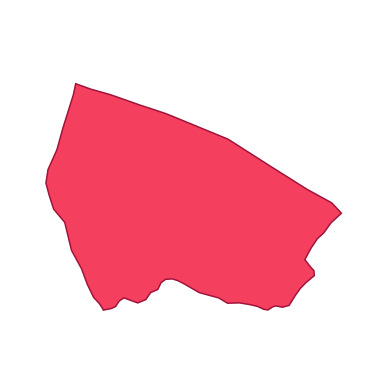 Älvsbyn, Norrbotten, Sweden (Mercator projection), rotated 345°
{"feature_id": "70781695B9243274568958", "entity_name": "Älvsbyn", "entity_type": "district", "adm_level": 2, "iso_a3": "SWE", "parent_name": "Sweden", "parent_adm1": "Norrbotten", "projection": "mercator", "projection_center": [20.635, 65.777], "detail": "fine", "context": "isolated", "style": "filled", "palette": "rose", "viewbox_px": 384, "rotation_deg": 345, "n_neighbors": 0, "source": "geoboundaries", "source_scale": "gbopen_adm2", "svg_char_len": 984}
<svg xmlns="http://www.w3.org/2000/svg" viewBox="0 0 384 384"><g transform="rotate(345 192 192)"><path d="M330.8,251.2L329.4,248.3L324.0,238.5L304.1,219.5L274.3,187.3L240.6,150.4L213.8,129.9L187.4,109.8L163.1,93.8L138.7,77.1L120.6,66.3L107.7,57.3L107.4,57.9L102.6,67.3L83.8,96.9L74.1,113.4L72.3,116.4L58.7,133.1L53.2,145.6L53.2,158.4L53.9,172.7L58.4,182.4L61.2,188.4L60.5,217.3L65.4,237.4L67.0,254.3L69.7,268.4L73.5,275.5L75.7,282.0L75.7,283.1L83.5,283.7L88.5,282.9L93.6,278.4L98.9,276.7L106.1,281.8L110.9,285.1L119.5,284.0L126.0,278.4L133.8,277.3L138.5,271.7L143.9,269.5L150.6,270.9L155.3,273.9L160.3,278.4L168.4,286.5L172.9,291.0L182.4,296.6L190.5,301.3L197.5,308.6L209.2,311.4L219.5,316.1L225.7,319.5L231.0,323.9L234.9,325.6L239.9,323.9L243.6,323.7L249.4,326.7L256.4,326.7L265.1,318.6L271.5,313.3L278.5,309.1L288.5,304.4L289.4,299.6L286.6,294.0L283.5,286.5L292.5,277.0L301.1,269.5L308.7,265.6L318.4,257.7L330.8,251.2Z" fill="#f43f5e" stroke="#9f1239" stroke-width="1.5"/></g></svg>